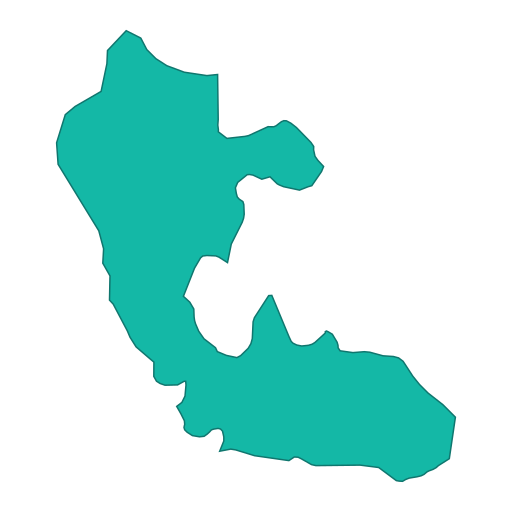 Risaralda, orthographic projection
{"feature_id": "COL-1401", "entity_name": "Risaralda", "entity_type": "Department", "adm_level": 1, "iso_a3": "COL", "parent_name": "Colombia", "parent_adm1": "", "projection": "orthographic", "projection_center": [-75.783, 5.124], "detail": "fine", "context": "isolated", "style": "filled", "palette": "teal", "viewbox_px": 512, "rotation_deg": 0, "n_neighbors": 0, "source": "natural_earth", "source_scale": "10m", "svg_char_len": 2323}
<svg xmlns="http://www.w3.org/2000/svg" viewBox="0 0 512 512"><path d="M217.6,74.5L218.2,119.5L217.8,125.1L218.4,129.8L218.3,131.8L226.9,138.4L244.9,136.4L248.6,135.6L268.0,126.7L273.7,126.8L275.9,125.9L281.4,121.7L283.8,120.7L286.4,120.8L290.9,123.2L296.4,127.5L311.0,142.5L313.7,146.5L313.6,149.9L315.0,156.3L317.9,160.4L323.6,166.5L321.5,171.6L311.8,185.7L308.2,186.7L299.5,190.1L283.6,186.7L279.2,184.9L277.2,183.8L270.0,176.8L261.8,179.2L253.0,175.1L249.6,174.5L247.2,174.7L237.7,182.4L235.4,187.8L236.3,193.3L237.3,197.0L239.3,199.2L242.9,201.6L243.8,204.5L244.2,214.2L243.6,218.2L242.2,222.3L231.3,244.0L227.5,262.6L218.9,257.1L215.8,255.9L206.9,255.5L202.8,256.0L200.6,257.8L194.5,268.2L183.4,296.3L189.8,302.2L193.8,309.0L194.1,317.0L194.6,320.6L195.5,323.7L198.7,331.2L204.0,338.8L215.5,347.7L217.3,351.6L226.4,355.4L236.9,357.6L240.7,355.6L248.2,348.3L250.9,343.7L252.3,338.6L253.1,321.8L254.4,317.7L268.7,295.6L271.8,295.4L289.0,336.7L291.2,341.4L293.0,343.2L296.7,345.0L301.7,346.0L308.5,345.3L312.1,344.2L314.9,342.5L324.9,333.4L325.4,332.5L325.3,331.6L326.5,331.0L328.4,331.9L332.3,334.2L337.1,342.2L338.0,345.3L338.1,347.8L340.1,350.8L352.9,352.6L364.2,351.7L369.8,352.2L383.0,355.8L393.4,356.5L398.6,357.9L403.1,361.3L412.8,376.2L419.5,384.5L428.1,393.1L442.9,404.7L455.4,417.2L449.3,458.7L438.4,465.6L436.2,467.6L433.0,469.4L428.9,470.9L427.0,471.9L424.0,474.4L421.1,475.8L417.0,476.8L409.2,478.1L405.6,479.5L402.6,481.3L399.1,481.1L396.3,480.6L378.7,467.5L360.0,465.1L315.9,465.6L311.5,464.6L301.5,458.9L298.1,457.2L294.3,457.0L288.9,460.6L254.6,455.7L235.7,449.9L230.7,449.1L219.7,451.2L223.8,441.0L223.8,436.9L222.5,431.1L220.5,429.0L218.1,428.4L213.7,429.1L211.4,429.9L209.6,431.9L207.2,434.1L204.1,436.3L199.5,436.8L192.4,435.6L187.1,432.2L184.7,429.8L184.0,427.5L184.3,425.9L184.7,424.4L184.4,420.8L180.9,413.8L176.7,406.4L181.9,402.4L185.0,396.1L186.0,385.0L185.7,381.3L184.1,381.3L177.6,384.9L165.0,385.2L160.1,383.5L156.5,381.2L153.8,376.4L153.9,362.1L150.1,358.9L136.1,346.9L130.0,337.2L127.4,331.0L113.2,304.1L109.5,300.1L110.0,275.9L102.8,263.2L103.6,248.8L98.8,230.8L58.1,164.3L56.6,142.8L65.3,114.6L75.2,106.4L101.1,91.4L106.9,63.7L107.5,50.5L126.2,30.7L140.8,38.1L146.8,49.6L155.9,58.7L166.8,65.7L184.2,72.2L206.9,75.6L217.6,74.5Z" fill="#14b8a6" stroke="#0f766e" stroke-width="1.5"/></svg>